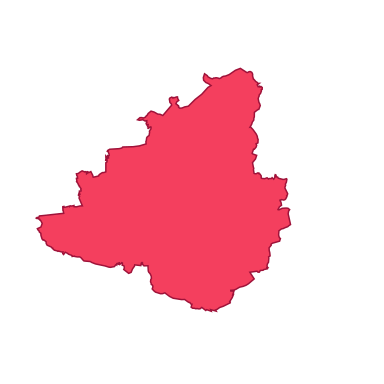 Acultzingo, Veracruz, Mexico, rotated 218°
{"feature_id": "50627088B7660933321092", "entity_name": "Acultzingo", "entity_type": "district", "adm_level": 2, "iso_a3": "MEX", "parent_name": "Mexico", "parent_adm1": "Veracruz", "projection": "mercator", "projection_center": [-97.266, 18.708], "detail": "fine", "context": "isolated", "style": "filled", "palette": "rose", "viewbox_px": 384, "rotation_deg": 218, "n_neighbors": 0, "source": "geoboundaries", "source_scale": "gbopen_adm2", "svg_char_len": 6002}
<svg xmlns="http://www.w3.org/2000/svg" viewBox="0 0 384 384"><g transform="rotate(218 192 192)"><path d="M94.3,227.0L102.8,234.0L104.1,236.4L104.2,238.2L106.3,238.3L107.8,237.4L110.9,234.7L112.5,231.5L113.4,231.1L114.0,234.1L113.3,236.7L115.7,238.8L117.3,239.3L117.7,239.8L117.5,240.2L116.8,240.6L116.7,241.2L114.8,242.1L114.1,243.1L113.9,244.3L114.4,246.7L114.6,247.2L115.1,247.4L115.0,248.3L115.6,249.6L121.0,252.2L121.8,253.1L122.2,254.7L123.3,255.8L123.6,257.7L125.1,260.5L125.8,260.6L127.2,258.6L128.3,257.8L132.5,256.0L133.7,256.5L135.1,255.8L135.3,256.3L136.4,257.1L137.1,256.9L136.8,256.0L135.7,254.4L135.5,252.4L137.7,252.6L137.7,251.5L139.5,250.1L139.8,249.3L141.6,249.4L142.9,247.3L145.3,245.7L146.1,245.7L147.4,247.3L149.5,248.0L150.7,247.6L150.9,248.1L151.9,247.6L152.7,245.9L153.6,245.2L154.6,244.9L157.4,247.5L157.9,248.7L159.0,249.4L162.4,252.4L162.3,257.1L163.6,260.7L167.2,259.5L168.4,259.5L169.9,263.6L169.2,264.0L169.1,266.8L169.8,268.6L171.2,269.4L170.3,271.3L172.4,274.3L173.2,274.5L174.9,276.1L177.1,277.2L182.2,278.7L185.9,279.3L186.2,278.9L186.7,282.2L187.5,284.2L187.6,286.7L188.8,288.4L189.1,289.5L191.9,293.2L190.8,297.6L190.2,298.2L191.4,302.1L193.1,303.3L194.4,303.8L197.3,306.3L198.0,308.0L198.1,308.8L198.8,309.9L198.7,311.9L199.5,314.3L200.4,315.3L199.9,316.1L201.0,317.6L202.7,317.6L203.0,316.6L204.0,316.9L204.6,315.7L206.6,316.6L205.9,319.0L207.1,318.1L208.0,318.5L209.7,318.3L212.6,318.9L213.0,318.7L215.9,320.9L216.2,321.6L217.5,322.7L218.8,323.1L220.4,322.7L221.2,321.8L221.7,320.4L222.4,319.9L230.0,319.2L232.7,314.7L235.0,307.4L237.0,304.0L238.4,302.6L239.1,301.4L239.5,299.5L240.4,298.1L241.5,297.9L243.5,296.8L244.1,295.9L245.0,295.3L245.4,294.0L247.0,293.1L250.3,292.6L251.6,293.1L254.9,292.9L253.5,289.1L251.6,287.2L248.5,286.8L245.7,287.5L242.5,287.6L243.8,284.3L244.5,275.0L246.5,266.9L247.7,257.4L250.2,254.5L251.6,252.0L253.3,250.5L254.7,250.5L255.0,251.2L255.8,251.7L256.6,251.3L257.0,251.7L259.0,251.6L259.5,253.7L258.8,256.0L260.9,256.9L262.0,258.0L262.9,257.2L263.8,255.6L264.6,255.2L264.8,254.3L266.3,254.4L267.3,252.4L267.1,251.3L264.4,248.9L262.8,248.8L261.5,247.9L262.1,234.3L265.0,233.6L266.9,232.3L271.0,231.7L274.1,230.5L274.9,226.9L274.6,224.6L274.9,223.9L274.8,222.3L276.0,220.2L277.3,219.8L278.8,218.6L279.4,215.4L277.5,216.2L275.2,218.7L272.9,219.0L271.6,220.3L271.3,219.4L270.5,219.3L270.5,218.1L270.2,217.6L268.9,217.0L268.4,218.2L268.0,218.2L267.2,216.1L266.4,216.3L265.8,215.1L265.5,215.3L265.0,217.6L264.5,218.0L264.1,217.8L263.2,216.3L263.0,213.7L262.2,213.0L260.6,210.1L261.2,208.1L261.1,206.8L259.7,204.4L259.4,203.4L257.8,201.6L261.8,196.0L266.2,191.5L274.3,184.8L274.4,183.4L276.1,181.3L283.2,175.0L284.0,172.9L283.5,172.8L283.6,172.0L283.1,172.2L280.8,170.9L279.7,169.7L280.1,169.0L281.0,168.7L280.8,168.0L280.5,167.9L279.6,168.2L278.7,167.5L279.0,167.1L279.8,167.4L279.8,166.7L279.4,166.7L279.4,166.3L281.9,167.1L281.2,166.2L280.3,165.8L280.3,165.1L279.5,163.8L279.1,164.1L279.2,164.9L278.6,164.9L278.0,164.3L277.5,162.8L277.9,162.0L272.3,154.8L273.5,153.0L274.6,152.1L275.5,149.7L275.8,148.3L275.5,147.1L278.7,143.1L279.2,142.9L280.4,144.0L284.3,145.8L285.2,143.8L285.7,143.8L285.7,144.0L286.9,143.6L286.7,143.1L285.9,142.9L286.3,141.4L287.6,142.8L288.7,142.3L288.8,141.8L291.6,141.0L292.6,138.5L293.0,136.6L294.3,135.2L293.0,134.1L292.1,134.0L291.1,132.9L291.4,132.9L290.9,132.0L291.4,131.5L289.2,129.5L289.3,129.1L287.1,128.5L285.9,127.7L284.5,127.5L284.2,126.9L283.2,126.9L281.4,126.2L281.1,125.4L280.5,125.1L280.1,124.4L281.3,123.4L280.1,121.9L280.4,121.6L280.2,121.2L279.7,121.7L278.9,121.1L279.8,120.3L279.6,119.6L277.9,119.3L277.3,117.7L269.9,113.6L271.7,112.0L273.9,109.2L275.9,107.8L276.7,108.7L278.1,106.9L279.5,106.1L279.5,105.3L279.8,105.5L282.6,101.9L283.3,101.2L284.0,101.8L284.7,101.0L284.1,100.5L284.3,100.3L282.4,98.1L282.2,98.2L280.0,96.2L297.5,79.2L297.2,78.5L297.3,77.9L298.0,76.8L298.4,76.6L298.7,75.5L298.1,75.5L297.0,76.5L296.4,76.2L295.4,76.8L294.6,76.2L293.8,76.4L290.7,75.0L289.5,71.4L291.3,67.9L290.0,67.3L288.4,67.1L287.7,66.5L285.7,66.4L284.3,64.8L281.3,62.7L279.7,62.4L279.5,63.0L276.4,63.0L275.1,61.6L273.4,60.9L269.0,62.0L267.8,61.7L267.2,62.0L266.9,61.6L264.7,61.4L261.9,62.6L261.1,62.7L260.9,63.2L257.3,64.7L256.8,65.3L256.0,63.9L254.7,63.7L254.8,66.5L252.0,67.1L251.2,66.9L248.1,67.9L247.4,68.0L246.8,67.4L245.1,69.1L244.7,69.0L242.3,70.3L240.6,71.7L239.2,71.9L235.0,71.1L234.1,71.5L229.3,74.6L227.8,74.7L223.8,75.9L215.0,80.2L211.5,81.5L209.9,82.4L207.2,85.5L207.3,87.5L207.1,88.1L206.4,88.1L207.1,89.2L205.5,89.8L206.4,90.4L205.7,91.4L205.0,90.6L204.3,90.4L203.8,93.1L203.1,93.2L201.9,91.3L200.8,91.8L199.9,91.8L198.5,90.4L198.1,88.9L191.8,88.9L190.5,91.2L191.5,94.7L191.7,98.2L192.3,99.3L187.0,102.5L188.2,104.8L188.0,105.7L187.4,105.7L186.5,104.4L185.8,104.5L184.4,104.2L181.3,106.8L177.8,102.8L176.8,102.2L174.6,101.8L172.2,100.5L170.7,98.8L170.6,97.7L169.4,95.7L167.9,94.9L167.4,94.2L166.9,94.1L166.2,94.3L165.0,93.8L164.3,92.9L163.7,91.1L162.9,91.1L161.9,90.7L159.2,90.6L154.1,92.5L152.5,93.9L151.3,95.8L145.4,95.9L141.4,96.7L134.0,100.8L131.6,102.8L127.7,102.9L126.0,103.2L125.7,103.6L123.3,103.0L122.9,103.4L121.8,100.7L120.0,100.8L118.4,101.9L117.0,102.4L116.3,103.3L115.1,103.8L113.8,104.8L113.2,107.1L108.2,107.1L108.0,108.3L103.4,109.9L104.9,110.8L99.6,113.0L100.9,113.5L100.0,114.9L99.1,118.0L97.0,121.2L93.7,128.1L94.1,128.4L94.1,128.8L94.8,128.8L95.3,133.6L96.2,136.6L96.6,136.1L97.9,139.7L100.4,137.9L100.9,138.4L98.8,140.3L97.6,142.1L95.9,146.3L93.6,149.1L92.0,151.8L91.0,154.5L89.5,161.8L97.0,164.4L92.0,169.6L90.9,169.4L89.7,170.1L89.6,170.6L89.9,172.2L87.8,174.1L87.8,174.9L85.3,177.9L85.3,178.1L86.4,178.2L86.5,178.4L85.8,179.2L86.5,179.3L87.6,180.2L88.4,182.1L88.4,183.6L90.6,187.0L91.7,188.1L91.1,189.7L93.3,192.0L95.3,193.6L96.9,195.5L96.8,198.8L97.6,199.5L97.2,201.0L92.7,207.2L93.7,209.8L94.6,209.7L96.0,210.4L97.3,211.5L99.6,214.9L98.8,218.0L97.7,219.2L96.6,221.4L95.2,223.6L94.9,225.3L94.3,227.0Z" fill="#f43f5e" stroke="#9f1239" stroke-width="1.5"/></g></svg>